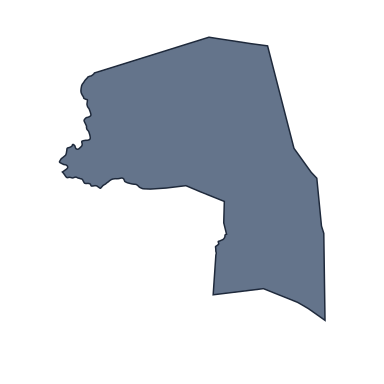 San Francisco de Ojuera, Santa Bárbara, Honduras, rotated 260°
{"feature_id": "27666195B61070827999255", "entity_name": "San Francisco de Ojuera", "entity_type": "district", "adm_level": 2, "iso_a3": "HND", "parent_name": "Honduras", "parent_adm1": "Santa Bárbara", "projection": "robinson", "projection_center": [-88.219, 14.715], "detail": "fine", "context": "isolated", "style": "filled", "palette": "slate", "viewbox_px": 384, "rotation_deg": 260, "n_neighbors": 0, "source": "geoboundaries", "source_scale": "gbopen_adm2", "svg_char_len": 5701}
<svg xmlns="http://www.w3.org/2000/svg" viewBox="0 0 384 384"><g transform="rotate(260 192 192)"><path d="M217.3,300.0L322.8,291.8L327.8,276.0L338.8,243.4L341.5,235.6L326.2,116.6L325.6,116.1L325.3,115.7L324.6,114.6L324.1,113.5L323.9,113.1L323.8,112.7L323.8,112.3L323.8,111.6L323.7,111.1L323.5,110.1L323.4,109.8L323.4,109.6L323.2,109.3L323.0,109.1L322.4,108.5L321.9,107.8L321.3,107.0L320.7,106.2L320.3,105.8L320.0,105.5L319.2,104.8L318.6,104.2L318.2,103.8L317.5,103.0L317.2,102.7L316.8,102.4L316.4,102.1L316.2,102.0L315.5,101.6L314.6,101.3L313.6,100.9L311.9,100.4L311.0,100.2L310.1,100.1L309.6,100.1L308.9,100.1L308.2,100.3L307.0,100.6L306.1,100.9L305.0,101.4L304.5,101.6L304.1,101.7L303.6,101.6L303.3,101.7L303.0,101.8L302.8,102.0L302.6,102.2L302.4,102.6L302.0,103.1L301.7,103.6L301.4,104.3L301.3,104.6L301.1,104.9L300.9,105.0L300.7,105.0L299.3,104.6L298.6,104.4L297.4,104.0L296.8,103.8L296.2,103.8L295.6,103.8L294.7,103.9L294.0,104.0L293.6,104.2L292.9,104.5L292.0,105.0L291.6,105.1L291.3,105.2L290.0,105.4L289.0,105.6L287.5,105.8L286.1,105.9L285.9,105.9L285.6,105.9L285.1,105.7L284.8,105.5L284.7,105.4L284.5,105.2L284.3,104.8L284.1,104.2L283.9,103.6L283.7,102.8L283.6,102.4L283.6,102.2L283.7,101.7L283.6,101.0L283.5,100.6L283.3,100.3L283.0,99.8L282.6,99.3L282.3,98.9L282.0,98.6L281.7,98.4L281.3,98.2L281.0,98.1L280.7,98.1L279.8,98.3L278.4,98.7L276.6,99.2L275.8,99.4L275.5,99.5L275.2,99.5L274.8,99.5L274.0,99.3L273.5,99.3L273.0,99.3L272.4,99.3L271.9,99.5L271.4,99.7L271.1,99.9L270.4,100.4L269.9,100.6L269.5,100.7L268.9,100.9L267.2,101.1L266.5,101.2L265.1,101.3L264.1,101.3L263.4,101.3L263.0,101.2L262.5,101.1L262.2,101.0L262.0,100.8L261.8,100.6L261.6,100.4L261.5,100.2L261.4,100.0L261.3,99.7L261.2,99.5L261.2,99.1L261.1,98.4L261.1,97.9L261.2,97.3L261.3,96.7L261.4,96.3L261.4,96.0L261.4,95.5L261.4,94.0L261.3,93.5L261.3,92.8L261.2,92.6L261.0,92.3L260.9,92.3L260.5,92.2L260.1,92.1L259.6,92.1L259.2,92.2L258.9,92.2L258.6,92.2L258.2,92.2L257.8,92.1L257.4,91.9L257.0,91.8L256.7,91.6L256.4,91.3L256.1,91.0L255.5,90.1L255.1,89.5L254.6,88.7L254.3,88.2L254.1,87.8L254.0,87.4L254.0,87.1L254.0,86.8L254.0,86.5L254.1,86.3L254.2,86.0L254.4,85.8L254.7,85.4L254.9,85.3L255.1,85.1L255.5,85.0L256.6,84.8L257.5,84.7L257.9,84.6L258.5,84.2L258.9,83.9L259.3,83.5L259.4,83.4L259.5,83.1L259.5,82.9L259.4,82.7L259.2,82.4L258.9,82.3L258.7,82.3L258.4,82.0L258.1,81.7L257.9,81.4L257.8,81.1L257.6,80.8L257.5,80.5L257.4,80.1L257.2,79.3L257.1,78.4L257.0,77.5L257.0,77.2L256.9,77.0L256.8,76.8L256.6,76.6L256.3,76.4L256.1,76.3L255.7,76.2L254.6,75.9L253.6,75.5L252.3,75.1L251.3,74.6L250.7,74.3L250.5,74.1L250.2,73.9L249.9,73.4L248.8,71.5L248.3,70.6L247.7,69.4L247.5,69.1L247.4,68.9L247.2,68.7L246.6,68.2L245.8,67.5L245.3,67.1L244.9,66.9L244.7,66.7L244.3,66.8L244.1,66.9L243.7,67.3L243.0,68.2L242.1,69.4L241.4,70.4L241.2,70.7L241.1,71.1L240.9,71.8L240.8,72.1L240.6,72.4L240.4,72.8L240.1,73.1L239.6,73.5L239.1,73.8L238.8,73.9L238.5,73.9L238.2,73.9L237.9,73.9L237.6,73.8L237.4,73.7L237.2,73.5L236.9,73.2L236.7,72.9L236.4,72.5L236.2,72.1L235.5,70.6L234.6,68.8L234.2,67.8L232.8,68.7L231.9,69.1L230.7,69.7L229.7,70.1L229.3,70.3L228.6,70.7L228.3,71.0L228.1,71.1L228.0,71.3L227.9,71.5L227.7,72.0L227.7,72.4L227.8,73.1L227.8,73.5L227.7,73.9L227.7,74.2L227.4,74.9L227.1,75.6L226.9,76.0L226.7,76.4L226.6,76.7L226.6,77.2L226.6,77.6L226.7,77.9L226.8,78.7L226.9,79.1L226.9,79.4L226.9,79.8L226.8,80.1L226.7,80.5L226.6,80.8L226.4,81.1L225.9,81.7L225.6,82.1L225.3,82.7L225.1,83.4L225.0,83.6L224.7,83.9L224.5,84.2L224.4,84.5L224.3,85.0L224.2,85.3L224.0,85.6L223.7,85.9L223.3,86.2L223.0,86.4L220.8,87.1L219.9,87.4L219.7,87.5L219.3,87.8L219.2,88.0L219.0,88.4L218.8,89.0L218.7,89.6L218.6,90.7L218.4,91.5L218.3,91.8L218.2,92.1L217.9,92.6L217.8,92.9L217.6,93.0L217.4,93.2L217.2,93.3L216.9,93.4L216.3,93.5L215.8,93.7L215.5,93.8L215.4,93.9L215.3,94.1L215.3,94.3L215.2,94.6L215.1,95.7L215.1,97.2L215.1,97.6L215.0,97.9L214.9,98.4L214.8,98.7L214.7,99.0L214.4,99.4L212.9,100.9L211.9,101.9L211.7,102.1L211.6,102.4L211.6,102.6L211.7,102.8L213.6,105.2L213.8,105.4L214.4,106.8L214.8,108.0L215.0,108.4L215.1,108.6L215.6,109.3L215.8,109.7L216.4,111.0L216.6,111.5L217.2,112.4L217.5,112.9L217.7,113.4L217.9,113.9L218.2,114.6L218.3,114.9L218.4,115.5L218.5,116.1L218.5,116.8L218.5,117.3L218.5,117.9L218.4,118.4L218.4,119.0L218.1,120.2L218.0,121.0L217.9,121.9L217.9,122.7L218.0,124.1L218.0,124.8L218.0,125.2L217.9,125.5L217.7,125.9L217.5,126.3L217.2,126.6L216.9,126.9L216.7,127.0L216.0,127.2L215.3,127.4L214.6,127.5L214.2,127.6L213.9,127.8L213.6,128.2L213.2,128.7L212.5,129.7L212.3,130.0L211.6,131.5L210.6,133.7L210.4,134.2L209.7,136.3L209.6,136.8L209.3,137.9L209.2,138.2L209.1,138.3L209.0,138.5L208.8,138.8L208.2,139.3L207.9,139.6L207.3,140.1L206.5,140.6L206.2,140.8L205.9,141.1L205.5,141.5L205.0,142.2L204.4,143.1L204.0,143.7L203.8,144.1L203.7,144.4L203.6,144.7L202.1,151.5L200.4,167.2L199.3,187.1L190.8,200.2L177.1,222.2L156.1,217.9L144.4,218.7L144.4,218.3L144.3,217.9L144.2,217.6L144.1,217.3L144.0,217.2L143.7,217.0L143.4,216.9L143.2,216.9L142.9,216.9L142.7,216.8L142.4,216.7L141.9,216.4L141.2,216.0L140.7,215.5L140.4,215.2L140.1,214.8L140.0,214.5L139.8,214.2L139.1,211.3L138.9,210.6L138.9,210.2L138.9,209.8L138.8,209.6L138.8,209.4L138.7,209.3L138.6,209.2L138.4,209.2L138.2,209.2L137.7,209.2L137.0,209.3L136.7,209.3L136.3,209.3L136.0,209.1L135.8,208.8L135.5,208.3L135.2,207.9L134.3,205.9L134.2,205.8L134.1,205.7L133.7,205.6L133.2,205.6L131.7,205.5L129.7,205.2L129.1,205.2L128.9,205.2L128.5,205.3L128.3,205.3L127.7,205.3L127.3,205.2L127.0,205.1L126.7,205.0L126.3,204.8L125.9,204.6L87.1,195.0L84.4,245.6L65.0,276.8L63.2,279.0L57.0,286.3L42.5,300.7L128.4,314.6L136.0,313.6L183.9,317.3L190.7,312.8L217.3,300.0Z" fill="#64748b" stroke="#1e293b" stroke-width="1.5"/></g></svg>